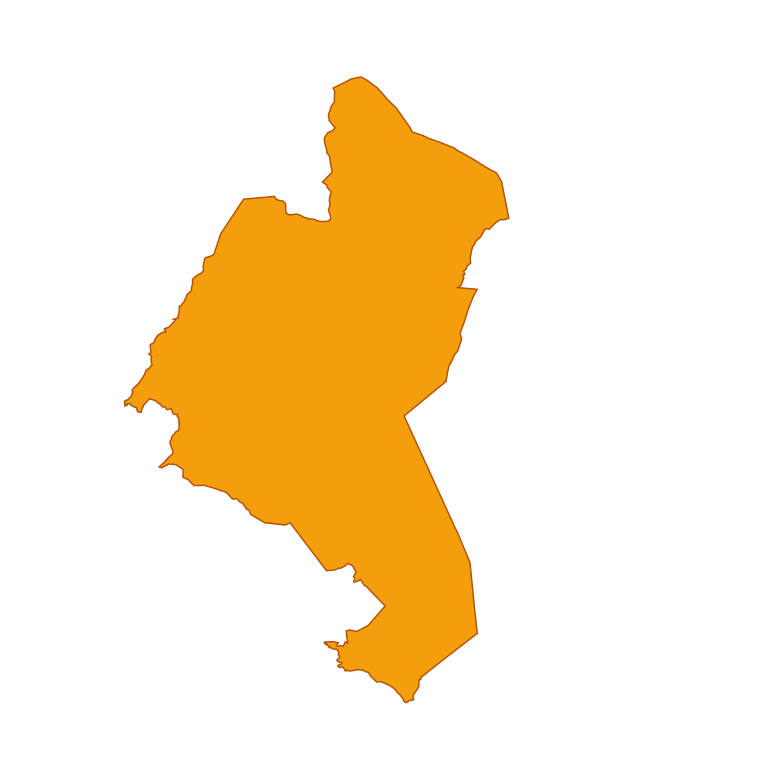 outline of Ziracuaretiro, Michoacán, Mexico, rotated 47°
{"feature_id": "50627088B75653090640966", "entity_name": "Ziracuaretiro", "entity_type": "district", "adm_level": 2, "iso_a3": "MEX", "parent_name": "Mexico", "parent_adm1": "Michoacán", "projection": "orthographic", "projection_center": [-101.91, 19.437], "detail": "fine", "context": "isolated", "style": "filled", "palette": "amber", "viewbox_px": 768, "rotation_deg": 47, "n_neighbors": 0, "source": "geoboundaries", "source_scale": "gbopen_adm2", "svg_char_len": 6158}
<svg xmlns="http://www.w3.org/2000/svg" viewBox="0 0 768 768"><g transform="rotate(47 384 384)"><path d="M632.3,584.9L632.7,582.0L635.1,577.5L634.2,577.0L633.4,576.8L632.0,575.4L631.6,574.8L629.1,565.0L624.3,560.4L625.2,558.9L625.2,558.6L623.8,557.4L625.9,530.2L630.0,485.9L611.2,471.9L573.1,442.8L543.8,432.0L535.6,429.4L421.1,391.1L424.4,336.8L419.9,331.1L415.3,324.6L414.1,320.7L410.5,311.7L410.2,307.9L404.2,296.8L399.7,294.2L398.1,292.6L393.5,283.2L387.3,272.5L380.6,258.4L378.3,251.3L363.6,264.5L364.4,260.3L361.7,255.2L361.0,253.4L358.4,252.6L358.2,251.9L359.0,250.8L358.9,250.2L355.6,248.6L355.5,247.9L356.0,246.8L356.0,245.5L354.5,242.8L354.6,238.2L350.3,234.8L348.4,231.8L346.9,230.2L343.9,225.4L343.7,222.8L342.2,220.3L342.2,212.6L340.9,208.3L339.6,204.7L341.0,202.3L342.5,201.5L342.2,191.5L343.0,186.8L345.5,184.5L346.8,182.2L347.7,179.6L342.0,176.0L318.5,161.5L317.0,160.3L306.9,157.8L304.9,158.2L301.2,159.7L292.9,162.2L282.8,164.8L269.1,169.0L263.8,170.9L258.9,171.9L246.4,177.8L235.0,183.7L228.4,186.3L219.0,191.5L214.1,190.1L189.4,186.7L185.8,187.1L177.0,187.4L170.5,187.0L162.8,187.0L150.4,189.2L143.7,191.5L138.8,199.4L132.9,219.5L136.2,220.3L140.2,224.5L143.8,227.8L144.5,231.5L146.1,235.6L147.4,237.1L148.5,240.1L150.4,242.1L152.3,242.9L153.8,244.4L157.1,244.8L160.5,245.0L163.2,244.7L163.6,248.8L161.9,253.6L162.6,257.1L163.7,260.2L167.6,263.3L173.8,266.3L175.9,268.2L179.6,268.2L183.0,270.4L185.6,272.3L189.4,274.7L193.6,277.2L194.1,284.8L194.3,291.3L199.5,290.2L201.4,291.3L204.8,291.6L207.5,291.6L210.1,295.8L212.5,298.9L214.6,300.2L216.2,301.4L219.0,306.1L224.6,308.7L225.8,309.5L226.6,310.3L227.0,311.5L227.0,312.8L226.2,314.7L222.7,318.8L219.9,321.1L216.3,322.5L211.9,326.2L207.0,329.1L204.1,329.9L200.4,331.7L195.5,338.1L192.6,338.9L191.2,338.3L189.5,337.0L186.3,334.1L184.7,333.1L181.6,333.0L177.8,335.8L175.0,336.8L172.9,336.6L172.1,336.2L153.1,360.6L162.8,401.0L173.2,420.0L172.5,423.2L170.2,427.8L170.0,429.4L171.0,431.1L174.4,435.8L176.4,437.3L178.0,438.9L178.3,441.8L176.8,448.2L176.9,452.8L179.4,454.8L181.1,457.0L182.2,458.9L184.5,461.2L184.2,466.8L187.3,473.6L187.7,476.8L188.3,478.7L188.2,479.7L187.5,480.5L192.4,485.6L193.2,487.4L194.3,488.9L194.8,489.3L195.4,489.3L193.2,493.6L194.8,492.6L195.3,494.6L195.3,497.5L195.7,501.8L195.3,503.5L194.0,506.5L194.2,507.5L196.6,507.5L197.1,508.4L196.8,509.0L195.5,509.9L194.1,515.8L194.3,517.7L195.1,520.5L196.8,524.4L195.9,527.6L196.2,528.7L202.0,532.9L202.1,533.6L201.6,535.3L202.6,535.5L205.4,535.2L206.7,537.2L209.1,539.1L211.9,540.5L211.7,542.1L212.3,543.8L211.8,548.9L213.0,551.1L213.0,551.6L213.5,551.9L215.0,557.3L216.3,563.7L216.2,568.0L216.3,569.8L216.6,572.3L218.2,573.1L219.3,574.8L220.4,577.0L220.7,577.9L220.7,581.8L220.8,581.9L219.7,584.6L219.7,585.3L220.4,586.2L223.5,588.5L224.3,586.0L223.5,585.4L223.6,584.5L224.1,584.0L225.0,584.0L226.1,583.0L227.1,583.1L227.4,583.5L228.8,582.7L231.5,582.0L231.8,581.3L232.2,581.2L232.7,581.2L235.7,582.9L237.1,582.6L239.1,581.1L238.1,579.6L237.1,577.7L235.5,573.9L235.4,571.5L234.9,567.1L234.8,566.6L235.6,565.1L240.0,562.7L242.4,562.2L244.6,562.2L246.0,561.4L247.4,561.4L249.0,561.7L249.7,561.6L250.2,561.3L250.6,560.3L251.7,559.8L252.8,559.9L253.8,560.2L254.7,560.1L255.3,559.7L256.2,557.7L256.6,557.0L257.2,556.7L258.8,557.0L260.3,558.0L261.3,558.4L262.0,558.5L262.3,558.4L264.0,557.3L265.2,556.2L265.9,556.2L266.6,557.2L267.0,557.4L267.4,557.5L268.0,557.4L268.8,557.6L269.4,557.9L270.4,558.1L270.9,559.3L271.2,559.5L272.3,559.8L273.3,561.2L273.8,561.4L276.1,563.5L276.7,564.1L277.0,564.5L277.5,566.2L278.0,566.5L277.2,568.0L277.0,569.1L277.6,571.5L277.6,573.6L277.7,574.9L278.2,575.8L279.0,576.6L280.1,579.5L280.7,580.3L281.3,580.9L282.2,581.3L286.6,583.1L289.7,584.5L290.8,586.0L290.8,591.6L291.4,598.3L291.3,605.1L293.8,603.6L295.8,595.7L298.1,594.1L299.0,592.8L300.1,592.2L301.3,591.1L302.6,590.9L303.8,590.4L308.5,589.4L309.7,589.6L312.3,591.6L314.3,594.2L315.9,594.6L318.4,593.2L320.5,592.4L325.6,592.5L328.7,592.2L332.4,588.2L335.1,584.9L342.1,580.6L346.6,578.1L350.5,576.1L353.8,574.1L355.7,573.4L356.9,573.2L363.8,573.2L365.3,572.9L365.9,571.9L366.2,571.2L366.8,570.6L367.8,570.0L368.7,569.8L371.8,569.9L373.0,569.5L374.2,568.9L374.8,568.8L376.0,568.9L377.8,569.3L379.1,569.3L381.9,570.0L383.0,569.2L383.9,568.9L384.7,568.9L385.4,569.0L387.6,570.2L388.2,570.3L390.1,569.9L403.9,566.0L419.9,552.3L421.5,547.3L481.3,553.4L486.7,546.3L487.5,543.4L489.3,540.8L490.7,535.8L490.4,533.8L490.6,533.3L491.4,532.4L491.9,532.1L493.1,532.1L493.4,531.8L493.5,531.4L495.8,531.0L498.1,531.3L498.5,531.9L499.1,532.2L500.9,532.2L501.3,532.0L501.8,532.2L502.2,532.4L502.5,532.8L503.0,534.1L503.2,535.1L503.6,535.9L504.0,537.7L505.9,537.7L506.4,538.2L507.1,539.5L508.3,541.1L509.5,539.3L509.9,538.4L510.9,535.6L510.8,534.8L514.2,534.9L514.3,535.1L515.7,535.4L518.3,535.8L519.4,534.9L524.2,534.9L547.1,534.6L549.8,560.4L546.3,572.8L540.4,577.0L538.8,580.0L543.2,583.5L548.8,587.2L546.2,588.1L548.0,592.6L547.7,592.9L546.2,593.6L544.6,596.0L544.6,596.4L543.2,597.3L542.6,597.0L542.5,595.4L542.3,593.9L539.7,595.5L538.2,596.6L537.6,597.0L532.6,602.9L532.8,603.6L532.4,604.0L532.8,604.2L533.4,603.8L534.3,603.6L534.4,604.2L535.8,603.1L536.4,603.7L539.2,603.0L539.3,603.8L539.6,603.7L540.2,603.2L540.4,602.9L543.2,601.9L545.6,599.4L545.9,599.3L547.1,599.7L549.0,599.9L549.6,600.2L549.9,600.6L550.0,601.3L550.4,601.7L550.9,602.0L552.2,602.0L553.0,602.5L553.5,603.2L553.7,603.5L553.6,604.9L553.9,606.0L554.0,607.0L556.2,606.8L557.7,605.9L558.3,605.3L558.9,605.0L559.4,605.3L559.6,606.5L559.1,608.0L558.5,609.0L558.4,609.6L558.6,610.0L559.0,610.2L559.7,610.2L561.2,609.7L562.1,607.8L562.5,607.5L563.3,607.2L564.8,607.3L566.5,607.6L567.0,608.0L567.3,608.0L567.6,607.9L567.9,607.5L568.3,606.2L568.7,605.8L569.5,605.3L570.2,605.1L570.7,604.6L571.8,603.1L574.6,598.6L575.5,597.8L576.1,596.9L576.9,596.3L578.4,595.3L579.9,594.1L581.8,593.7L583.5,592.4L584.3,592.1L584.9,592.1L587.2,592.9L588.7,593.1L597.1,592.5L597.2,592.4L598.9,589.9L599.9,589.2L608.3,585.4L614.4,584.2L615.1,584.1L617.0,584.5L620.3,584.5L622.6,584.3L624.5,584.6L625.9,584.5L629.8,585.8L631.3,585.6L632.3,584.9Z" fill="#f59e0b" stroke="#b45309" stroke-width="1.5"/></g></svg>